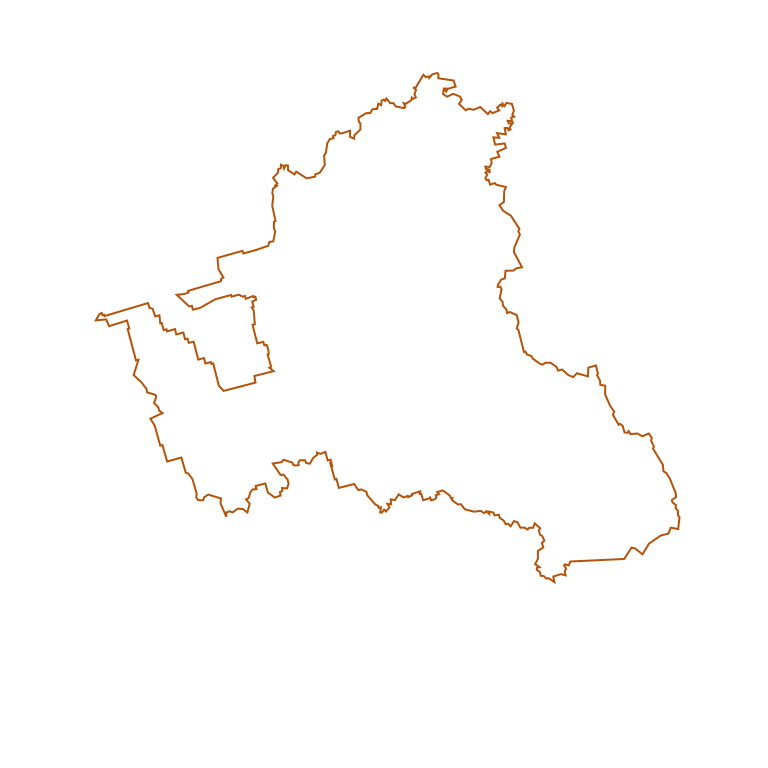 outline of Cabonne, New South Wales, Australia, rotated 155°
{"feature_id": "25037944B28032354001178", "entity_name": "Cabonne", "entity_type": "district", "adm_level": 2, "iso_a3": "AUS", "parent_name": "Australia", "parent_adm1": "New South Wales", "projection": "orthographic", "projection_center": [148.824, -33.111], "detail": "fine", "context": "isolated", "style": "outline", "palette": "amber", "viewbox_px": 768, "rotation_deg": 155, "n_neighbors": 0, "source": "geoboundaries", "source_scale": "gbopen_adm2", "svg_char_len": 6166}
<svg xmlns="http://www.w3.org/2000/svg" viewBox="0 0 768 768"><g transform="rotate(155 384 384)"><path d="M601.5,357.2L597.0,355.0L595.0,357.3L590.1,358.1L580.1,349.2L582.6,345.0L583.0,330.4L581.1,334.2L577.7,333.9L575.6,331.6L569.3,332.8L564.8,330.4L562.1,325.3L556.3,332.3L557.8,337.7L554.8,337.9L550.7,342.6L547.4,343.9L544.0,342.6L543.5,345.8L533.6,344.0L535.1,334.6L531.0,327.3L524.8,326.6L524.0,330.0L521.4,330.0L520.3,332.8L516.0,330.3L512.5,334.1L511.8,338.3L513.4,344.4L516.2,345.2L518.4,358.9L509.6,356.4L507.1,357.8L500.2,351.5L500.4,349.0L498.6,347.4L495.5,346.6L494.7,349.2L492.4,350.4L487.9,348.2L487.7,345.1L484.9,343.1L479.5,346.9L474.4,348.1L473.7,350.2L471.2,347.5L465.9,347.3L467.3,338.5L464.4,337.9L465.5,332.4L466.3,334.0L468.9,318.3L467.2,318.1L468.8,308.9L453.3,306.0L452.1,298.7L449.0,298.0L445.5,293.7L446.2,290.1L442.7,278.3L440.7,275.9L441.2,274.0L438.9,273.5L441.8,269.1L440.0,268.4L436.9,270.2L436.1,267.6L431.2,269.8L431.6,274.0L428.4,271.9L426.7,276.6L423.1,274.2L417.3,277.7L414.2,272.9L409.7,272.5L409.9,271.2L405.6,271.2L405.4,272.5L395.6,271.4L397.7,271.0L397.9,269.0L396.7,268.8L397.6,262.1L390.7,261.1L389.9,262.5L390.5,258.7L386.6,258.1L384.5,258.9L384.1,261.3L380.7,260.8L381.5,263.6L375.7,262.7L371.5,255.1L371.5,251.9L370.2,251.7L371.3,250.4L370.6,248.2L367.7,243.4L365.1,242.6L363.7,236.3L356.3,230.2L349.9,228.1L347.9,224.6L345.0,225.5L343.6,221.9L342.9,224.1L339.2,221.3L339.3,218.2L335.2,217.0L335.6,213.7L333.2,209.6L333.0,205.5L330.5,204.8L329.4,201.5L324.1,204.8L321.5,202.2L321.1,196.1L317.4,194.5L315.4,191.4L313.2,192.4L309.7,190.7L306.3,194.0L303.5,187.3L305.7,185.7L306.2,181.5L304.8,178.9L304.9,174.2L308.1,173.3L308.7,168.5L315.0,167.7L318.5,160.4L323.2,156.9L320.5,152.3L323.0,152.8L324.1,151.2L322.2,147.4L323.0,143.9L320.5,142.6L319.0,138.9L317.0,138.6L313.3,132.5L311.9,138.0L303.8,136.8L300.3,133.8L299.5,137.6L296.9,139.8L297.5,143.5L296.1,144.0L293.3,141.5L290.2,144.4L240.2,123.9L228.8,131.1L225.9,128.8L221.7,120.4L211.2,127.4L197.2,129.7L189.4,128.2L184.8,132.6L178.7,128.2L172.4,138.5L173.1,140.4L171.2,144.9L172.2,148.5L170.5,150.7L172.5,154.5L172.3,157.0L167.1,158.1L165.8,161.5L164.9,177.5L165.8,184.0L167.6,186.8L165.4,192.9L167.5,211.8L165.8,213.3L165.9,219.7L164.1,221.9L164.9,227.2L172.0,227.5L175.2,232.0L181.9,234.5L182.1,237.9L184.1,236.9L186.5,238.5L185.4,245.2L187.2,248.4L188.6,247.9L189.5,259.5L187.0,261.7L188.3,268.2L188.0,281.1L184.2,289.0L188.3,291.8L186.8,295.9L187.2,302.0L185.7,303.0L184.1,311.2L191.8,312.5L196.0,304.7L204.5,312.2L209.6,310.3L213.1,314.1L216.5,321.9L220.6,322.6L220.4,326.5L224.2,333.0L229.0,335.1L232.0,334.5L234.2,336.5L238.4,344.1L238.6,347.1L242.0,350.4L242.1,353.5L243.6,353.9L239.3,376.4L240.3,378.2L236.0,382.9L234.6,390.4L239.6,396.1L242.4,396.2L241.6,399.5L243.1,404.9L241.8,408.3L243.0,412.7L237.5,420.0L237.4,423.0L240.0,423.8L238.8,425.8L233.6,429.1L229.9,428.6L226.0,435.3L218.9,432.1L215.2,433.0L209.6,431.4L210.5,448.7L208.2,452.6L197.7,462.0L197.7,465.7L195.7,467.4L197.9,483.0L202.7,490.3L203.9,497.3L198.4,498.3L193.6,507.9L190.3,511.0L198.1,517.2L198.6,519.2L203.6,519.9L202.9,524.9L204.8,525.2L205.2,527.6L201.9,530.2L202.7,532.7L200.9,533.4L198.7,531.4L197.8,533.7L200.8,536.0L200.2,538.2L196.5,536.0L193.1,538.7L191.8,542.7L183.3,541.2L183.2,546.5L173.7,546.5L173.0,551.0L182.1,554.0L180.6,561.3L175.5,558.4L175.5,563.6L168.1,558.8L166.5,564.9L164.2,564.0L163.9,561.2L161.8,561.3L162.3,563.0L157.3,566.0L160.8,567.4L160.7,570.3L156.8,568.1L156.1,571.7L153.0,571.3L153.9,573.8L150.7,576.9L149.7,583.8L154.3,587.0L157.3,584.9L158.1,588.1L159.4,585.9L160.4,588.0L164.7,586.6L163.9,583.3L171.1,583.6L172.5,586.4L175.8,584.7L179.7,594.4L186.8,594.6L190.9,597.7L194.3,597.6L197.6,606.2L193.3,608.8L193.7,612.4L198.7,617.8L205.4,617.7L207.9,621.9L204.9,626.5L203.4,625.8L204.9,625.0L203.9,622.8L201.8,624.6L193.4,623.3L192.6,629.6L205.5,638.1L203.7,641.9L204.4,643.4L209.4,644.3L213.6,642.2L213.2,643.8L216.5,644.5L217.6,647.6L230.3,639.0L232.1,640.6L230.7,637.0L234.0,633.6L234.0,630.3L237.3,630.3L237.8,631.7L239.4,629.6L245.7,628.8L247.4,630.2L247.6,625.9L249.2,625.5L256.1,630.7L256.8,634.6L259.7,635.9L261.2,641.7L263.4,640.2L263.9,641.8L266.3,642.0L268.7,638.0L270.7,640.5L274.0,636.2L278.3,637.9L281.9,635.4L285.8,637.0L294.8,636.0L296.0,632.0L295.2,630.2L297.9,624.5L305.6,622.1L307.4,619.0L310.3,622.3L307.8,627.9L316.4,629.0L318.1,629.7L318.6,632.3L321.0,632.7L323.1,630.0L325.6,630.3L325.9,628.1L329.7,628.8L333.7,626.1L338.8,618.3L341.7,616.4L345.2,607.4L352.7,602.7L357.8,603.0L358.9,601.1L367.2,603.1L373.8,613.6L376.6,611.8L380.6,618.3L378.7,622.7L380.9,623.9L383.4,621.6L382.9,624.0L384.7,626.3L386.3,623.2L389.1,623.4L390.7,620.4L397.4,617.7L396.0,610.8L398.5,609.9L397.4,608.8L402.0,608.0L404.4,604.4L405.1,600.7L410.0,592.7L413.4,577.7L415.2,577.5L417.9,572.0L418.2,568.0L424.1,560.1L427.9,561.2L430.5,558.2L442.1,559.4L456.3,561.7L456.0,564.5L481.6,568.7L485.5,557.9L484.5,548.4L487.2,548.1L488.4,546.1L522.1,551.2L522.5,549.5L526.9,550.0L534.1,552.4L527.8,536.6L525.1,536.0L525.8,532.1L518.4,530.7L501.0,532.1L484.9,529.3L485.2,527.5L477.9,526.4L475.1,522.8L472.8,522.5L473.3,519.6L465.3,519.0L465.5,517.7L463.7,517.4L464.2,514.4L468.5,514.4L469.5,509.0L471.5,509.3L471.1,505.6L475.8,492.7L478.1,493.2L481.7,474.4L475.6,473.2L476.1,469.6L473.8,469.0L474.4,463.7L475.8,459.8L477.0,460.0L479.0,447.3L481.0,447.2L478.6,442.3L498.1,446.0L499.9,439.6L532.3,445.5L534.4,452.3L530.1,474.8L531.9,475.1L531.6,477.0L537.2,478.1L536.2,483.6L542.0,484.6L538.7,502.8L543.5,503.8L542.9,508.1L545.4,508.6L544.1,515.4L551.3,516.7L550.2,522.1L558.4,523.4L558.0,525.5L560.9,526.0L559.7,533.2L561.1,533.5L558.5,541.2L562.8,541.9L561.9,550.0L564.4,552.1L563.7,557.1L608.6,563.7L608.4,565.1L610.2,565.4L609.8,567.6L612.2,567.8L618.3,563.4L608.5,560.0L608.7,552.6L590.1,550.1L591.4,541.9L593.1,542.2L598.8,510.2L596.3,509.7L607.1,497.9L603.1,487.9L601.3,479.8L602.2,476.6L595.7,470.7L595.8,468.7L600.4,464.0L598.4,458.0L599.0,454.8L596.9,451.3L610.4,451.3L609.4,443.4L612.8,422.7L610.6,422.4L613.3,405.4L598.7,403.0L601.2,387.4L599.2,385.6L597.8,378.6L600.1,363.9L602.1,360.6L601.5,357.2Z" fill="none" stroke="#b45309" stroke-width="2"/></g></svg>